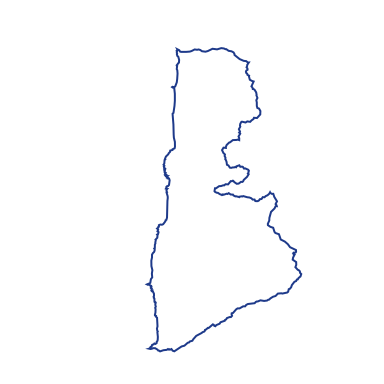 outline of Caraveli, Arequipa, Peru, rotated 63°
{"feature_id": "86281439B24627039816812", "entity_name": "Caraveli", "entity_type": "district", "adm_level": 2, "iso_a3": "PER", "parent_name": "Peru", "parent_adm1": "Arequipa", "projection": "natural_earth1", "projection_center": [-73.996, -15.752], "detail": "fine", "context": "isolated", "style": "outline", "palette": "blue", "viewbox_px": 384, "rotation_deg": 63, "n_neighbors": 0, "source": "geoboundaries", "source_scale": "gbopen_adm2", "svg_char_len": 6066}
<svg xmlns="http://www.w3.org/2000/svg" viewBox="0 0 384 384"><g transform="rotate(63 192 192)"><path d="M320.5,212.5L319.0,212.3L318.1,211.7L318.4,210.4L316.6,205.9L316.4,204.3L317.3,202.5L317.1,198.3L318.0,196.5L317.2,194.9L317.2,193.0L319.5,186.7L318.9,185.0L319.0,183.8L319.4,183.1L319.6,180.2L321.8,177.2L322.8,174.4L322.6,173.1L322.9,172.0L322.4,170.6L322.1,167.4L322.6,164.8L321.5,161.6L322.8,158.4L323.5,157.6L324.8,152.8L324.5,151.6L322.5,149.9L322.7,148.9L321.9,146.9L320.3,145.3L318.5,141.5L318.6,139.7L317.6,138.3L317.9,137.4L317.0,136.1L316.5,133.7L314.7,131.9L313.1,132.4L311.6,131.9L310.1,132.4L309.3,133.1L305.9,134.0L304.3,132.2L301.7,131.0L298.0,133.0L296.3,131.7L294.4,129.1L293.8,129.8L293.0,129.4L292.5,129.6L292.2,128.7L292.8,127.8L292.9,127.0L292.5,126.4L290.9,125.7L285.7,129.7L282.0,130.3L278.3,131.8L274.6,134.5L269.1,133.7L266.4,136.3L264.9,136.6L260.7,135.9L258.6,138.0L256.0,139.4L254.8,138.9L252.5,136.1L250.2,134.8L245.6,130.6L244.1,125.9L242.7,124.1L242.7,123.5L243.1,122.9L242.1,122.7L240.7,123.0L238.9,120.5L233.7,120.9L230.5,120.4L229.9,121.7L228.4,122.6L227.7,122.6L228.6,123.9L229.2,126.2L229.1,128.3L229.6,129.8L228.7,131.3L229.8,133.2L229.2,134.9L229.9,136.0L230.0,137.5L229.5,138.6L228.8,139.7L227.1,139.7L226.3,141.4L224.5,142.0L223.0,143.3L221.8,145.1L218.9,148.2L218.9,149.1L218.4,149.7L217.7,151.9L218.0,152.2L215.7,154.8L215.6,155.4L213.9,156.6L212.9,156.7L211.8,158.7L209.7,159.8L209.9,161.2L209.3,161.8L208.8,165.0L208.4,165.3L208.6,165.5L208.4,166.6L207.9,166.7L207.8,167.1L206.4,168.3L204.5,169.3L203.9,170.3L202.4,171.4L201.5,171.6L199.1,169.8L199.6,168.8L199.1,165.2L199.9,163.4L200.2,161.1L200.7,160.4L200.3,158.6L201.6,156.4L199.9,152.5L200.5,151.6L200.4,150.6L200.7,150.2L202.4,149.8L205.0,148.4L205.7,146.6L205.2,143.7L205.9,142.5L205.7,141.6L204.7,140.4L203.5,136.1L201.9,133.5L200.9,133.8L200.6,133.0L199.7,132.6L199.0,131.7L197.7,131.8L195.1,133.9L194.8,135.0L192.7,135.3L192.1,135.9L191.5,137.5L189.7,137.7L189.3,140.8L190.0,141.4L189.3,142.4L189.2,143.4L188.6,144.5L188.3,146.1L187.5,147.2L184.8,147.5L183.6,148.5L180.7,147.5L178.7,147.3L178.0,147.5L176.6,146.6L174.7,146.6L173.5,145.6L171.5,146.3L168.3,146.2L166.8,143.8L168.1,141.8L167.2,141.4L165.8,139.7L164.8,136.4L165.0,135.5L164.3,132.1L165.9,128.5L166.1,127.4L167.2,126.4L165.5,125.5L163.6,125.3L161.9,122.5L161.2,122.5L160.5,123.0L159.9,121.8L157.3,121.7L155.7,119.3L154.6,119.1L153.2,118.1L152.0,116.3L152.0,115.6L154.4,112.7L154.2,110.7L155.9,108.3L155.2,106.4L154.9,104.1L154.0,103.1L155.6,100.5L153.9,96.0L150.9,94.3L148.1,94.4L146.8,95.6L144.8,95.2L141.6,93.6L139.4,93.0L137.9,91.0L135.1,90.7L134.7,90.3L132.4,89.6L129.5,89.8L128.2,90.4L127.8,91.1L126.4,90.7L124.9,91.1L121.5,86.9L120.2,88.2L118.2,89.5L114.9,88.8L114.3,88.3L112.8,89.4L111.6,89.1L110.7,89.6L109.4,89.4L108.5,88.5L108.3,87.0L107.0,86.5L105.7,86.8L104.7,85.6L103.8,85.1L102.4,82.6L102.0,83.4L100.0,84.3L98.6,86.4L95.2,89.2L89.2,91.9L88.2,91.5L86.5,91.6L84.6,92.9L82.8,95.3L80.3,96.6L80.0,97.3L78.6,98.4L77.1,100.6L76.3,104.9L73.7,108.7L73.6,113.9L73.1,116.3L71.1,119.2L69.3,120.1L68.0,121.4L67.6,122.9L66.2,124.9L66.2,128.4L65.9,130.2L64.4,133.8L62.1,138.2L61.5,138.9L59.9,139.0L58.1,140.3L58.5,140.3L59.1,141.4L59.6,141.1L60.4,142.1L61.9,142.4L62.2,142.9L64.1,143.3L65.2,142.8L68.5,143.5L70.8,144.9L71.2,146.4L72.0,147.2L72.0,147.9L72.4,148.3L73.2,148.2L75.6,149.8L76.8,149.8L79.9,151.1L84.6,153.9L87.4,155.8L90.3,159.0L90.5,160.3L89.4,161.6L89.5,162.1L90.3,161.7L90.8,160.8L91.5,160.7L96.7,162.7L103.0,165.9L107.3,168.5L113.1,172.6L113.4,173.7L114.2,174.1L123.4,177.9L132.6,182.3L135.4,183.5L139.6,184.5L143.9,186.6L145.2,187.7L145.1,189.9L145.7,190.3L145.2,192.6L146.3,193.4L146.9,195.2L147.6,196.0L148.6,199.2L150.2,201.0L150.8,201.0L151.0,201.9L154.1,203.8L154.8,205.0L156.1,204.7L156.6,205.6L157.3,205.5L157.9,206.0L159.1,205.2L159.5,205.5L159.6,206.5L160.4,206.4L160.6,206.9L161.0,206.8L161.6,207.3L162.5,206.9L162.5,207.3L163.1,207.2L163.4,207.6L164.6,207.1L164.6,208.4L165.7,208.2L166.6,206.7L166.8,207.8L167.4,207.5L167.8,207.8L168.3,207.0L168.9,207.4L169.6,206.3L171.4,206.6L175.3,209.3L175.8,210.5L175.5,211.7L175.9,212.6L176.4,212.6L176.8,213.2L176.9,212.9L177.9,213.5L178.1,213.0L178.3,213.5L179.7,214.3L180.8,214.3L180.9,214.9L184.7,215.6L186.3,216.3L188.7,217.9L203.5,225.9L205.2,227.5L205.2,228.4L206.0,229.0L207.6,232.3L207.5,233.7L206.6,235.0L206.5,236.5L207.4,236.9L207.6,237.7L208.3,237.9L208.7,239.7L210.1,239.2L211.4,240.6L212.1,240.0L212.7,240.1L214.1,241.4L214.1,242.4L214.8,242.3L217.0,243.7L217.9,246.1L218.3,246.0L220.3,247.6L221.0,247.8L222.1,249.0L224.9,250.5L225.2,251.3L225.9,251.1L227.3,252.0L228.2,253.0L228.7,254.6L229.7,256.1L232.1,257.3L234.7,259.4L239.6,261.8L243.7,262.8L246.5,264.8L250.0,266.2L251.0,268.2L254.0,270.4L254.5,272.2L254.0,272.4L253.9,274.0L254.7,273.4L254.9,272.6L255.2,272.8L254.8,272.3L256.9,271.3L257.2,271.5L257.3,271.0L258.1,271.1L259.0,272.2L259.9,271.7L261.2,272.8L261.8,271.9L262.5,272.6L263.3,272.0L265.4,272.1L267.3,273.0L267.8,273.7L268.5,273.7L268.9,274.1L269.9,273.9L272.8,275.3L273.5,275.2L273.6,274.6L274.0,274.5L275.8,275.9L277.7,276.3L278.5,277.4L279.8,277.6L282.8,279.3L284.7,280.9L285.0,281.0L286.0,280.3L286.5,280.8L288.1,280.2L296.0,283.7L297.9,285.3L299.9,285.9L300.7,285.8L301.2,286.5L305.6,288.2L308.0,289.6L308.9,290.3L309.5,291.5L310.5,292.0L310.8,293.5L309.9,294.3L310.4,295.5L310.1,296.4L310.2,297.1L311.0,297.7L311.5,299.1L311.3,299.3L312.2,300.8L312.1,301.4L313.1,300.2L313.5,298.5L313.4,297.7L314.5,295.7L316.8,294.3L317.9,294.1L318.5,293.3L319.5,292.8L320.0,289.3L321.2,286.1L321.0,284.7L321.8,284.3L321.8,283.6L322.5,283.2L322.6,281.6L324.6,281.3L325.9,280.1L324.9,271.4L325.5,268.5L324.4,264.3L324.7,262.9L324.2,261.8L324.7,259.2L323.8,257.8L322.1,253.5L322.0,247.4L321.7,246.3L321.9,244.4L321.4,243.4L320.8,243.0L320.9,242.0L320.3,239.6L320.6,239.3L320.6,238.3L319.4,233.5L320.2,232.9L321.4,232.9L322.2,232.1L321.6,230.8L321.9,227.2L321.0,225.7L321.6,221.3L321.1,220.9L321.0,219.4L320.2,218.1L320.5,215.3L321.1,214.1L320.5,212.5Z" fill="none" stroke="#1e3a8a" stroke-width="2"/></g></svg>